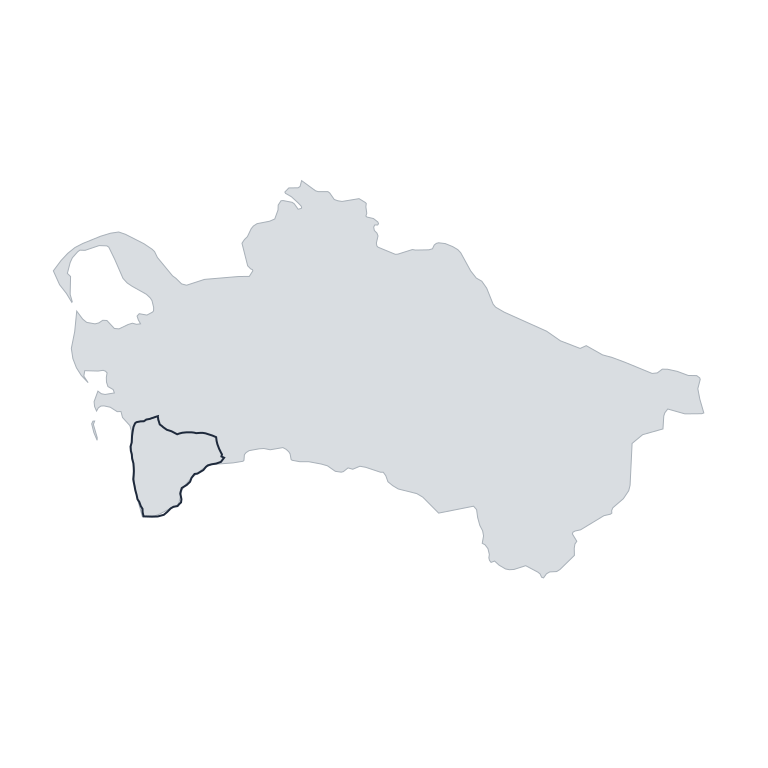 Etrek, Balkan, Turkmenistan (highlighted), rotated 353°
{"feature_id": "10190150B33098588070062", "entity_name": "Etrek", "entity_type": "district", "adm_level": 2, "iso_a3": "TKM", "parent_name": "Turkmenistan", "parent_adm1": "Balkan", "projection": "orthographic", "projection_center": [54.674, 38.185], "detail": "fine", "context": "in_parent", "style": "outline", "palette": "slate", "viewbox_px": 768, "rotation_deg": 353, "n_neighbors": 0, "source": "geoboundaries", "source_scale": "gbopen_adm2", "svg_char_len": 4978}
<svg xmlns="http://www.w3.org/2000/svg" viewBox="0 0 768 768"><g transform="rotate(353 384 384)"><path d="M218.6,258.3L252.9,259.6L263.4,260.8L267.6,255.7L267.4,254.5L265.7,253.5L263.1,250.1L260.2,227.0L263.1,223.6L266.4,221.1L271.1,213.7L273.6,211.3L277.5,209.4L290.3,208.5L295.7,206.9L300.0,198.4L300.8,193.5L304.1,189.6L306.1,189.6L315.0,192.5L316.9,194.2L320.1,200.1L323.4,199.6L323.8,198.6L323.4,197.2L320.7,193.6L315.0,186.9L309.5,182.8L309.0,181.4L313.4,177.8L322.6,178.8L324.8,177.7L327.0,172.1L339.6,183.9L342.0,185.0L351.7,186.2L353.4,187.8L357.1,194.8L360.5,196.5L364.6,197.7L381.8,197.0L387.4,201.4L388.4,202.6L387.6,206.0L387.7,212.5L386.5,215.1L387.4,216.2L393.7,218.5L397.6,222.4L398.1,224.2L397.1,225.4L394.2,225.0L392.9,227.0L393.1,230.4L395.4,233.4L396.1,236.3L393.6,243.2L393.7,246.0L394.8,247.5L411.1,256.7L413.6,256.8L428.6,254.0L431.5,254.9L444.9,256.3L448.6,255.7L450.8,252.2L453.1,250.8L455.4,250.5L461.9,252.1L468.9,256.0L473.6,259.6L476.1,263.0L483.8,282.3L488.5,290.1L493.6,293.9L497.6,301.4L502.0,318.0L504.1,321.3L512.0,327.3L551.8,351.4L564.3,362.6L583.0,372.6L589.4,370.6L604.4,381.7L613.7,385.5L625.8,391.8L651.4,406.2L656.6,406.3L662.0,403.2L667.2,403.9L676.6,407.2L687.0,412.6L695.4,413.8L698.1,416.4L698.4,418.0L694.9,426.9L695.6,437.5L697.9,451.7L695.7,452.2L679.0,450.3L662.6,443.4L659.3,446.7L657.8,449.8L655.4,462.6L634.6,465.8L623.0,473.2L615.9,514.5L613.9,519.7L607.6,527.0L596.1,534.7L594.5,537.4L594.4,539.9L592.9,540.8L586.2,541.5L561.3,552.7L555.7,553.2L553.5,554.1L552.7,555.8L556.2,563.6L554.0,566.1L552.8,570.2L552.1,577.3L536.0,589.6L532.5,591.2L525.6,590.7L522.1,592.2L518.7,595.9L516.9,595.0L515.8,591.6L513.8,589.5L502.5,581.6L490.4,583.9L485.8,583.6L482.1,582.4L476.1,577.8L472.2,573.2L468.5,574.1L467.2,571.9L466.9,569.3L467.8,566.0L467.1,560.0L464.6,555.8L462.1,554.1L464.3,546.9L464.0,541.7L461.9,536.1L460.7,528.0L460.6,520.0L458.0,516.2L422.5,518.8L408.7,501.0L403.2,496.8L385.3,489.9L380.2,485.9L376.0,481.5L374.6,475.2L372.5,471.5L369.7,471.1L355.6,464.4L350.0,462.7L342.6,464.8L338.1,462.9L333.0,466.0L330.8,466.3L325.0,464.7L317.9,458.3L312.0,455.8L299.7,451.9L291.1,450.9L283.5,448.5L282.6,447.6L282.3,441.9L281.2,439.6L278.9,436.9L275.9,434.8L263.0,435.4L257.0,433.4L252.3,433.1L242.0,433.7L238.7,435.3L236.8,437.2L235.7,442.7L234.6,443.5L224.6,443.9L203.3,442.9L194.5,445.7L180.7,454.3L172.8,461.5L170.5,464.6L165.8,477.3L163.8,479.1L161.0,480.5L158.3,480.8L145.6,485.7L140.6,486.9L128.0,486.2L125.2,467.5L124.2,452.7L125.8,432.3L125.2,419.1L127.5,399.2L126.7,394.3L120.4,385.4L119.6,379.3L115.8,378.9L109.5,373.7L103.4,371.6L100.3,371.4L97.5,372.9L95.4,375.8L94.0,371.1L94.1,366.2L99.2,356.2L102.2,359.2L105.9,360.4L115.3,360.0L114.5,356.5L109.7,352.9L108.8,348.3L109.2,343.6L110.5,339.2L109.1,337.3L106.9,336.2L101.8,336.3L88.6,334.3L87.0,339.6L90.5,346.6L84.6,338.6L80.7,330.4L78.3,320.9L78.0,310.6L83.4,294.3L87.9,274.2L92.8,282.8L96.4,286.6L104.5,289.1L108.4,288.6L112.6,286.5L116.7,287.2L123.1,296.0L127.7,297.0L137.2,293.8L141.7,293.0L145.6,294.6L149.7,294.6L148.0,290.5L147.2,286.5L149.6,284.4L157.1,286.7L163.1,284.4L164.2,283.3L164.7,279.9L163.9,273.0L162.5,270.1L159.1,266.0L145.9,256.3L141.4,252.4L137.8,247.3L131.9,227.4L127.5,214.6L125.7,213.1L118.1,211.9L103.6,214.9L98.5,214.1L96.1,215.4L90.1,220.7L87.3,225.2L83.2,235.6L86.0,239.1L83.4,256.8L84.6,264.3L84.1,264.9L79.8,255.4L74.1,245.9L69.6,231.4L78.4,222.2L86.0,215.8L93.9,210.9L102.2,207.8L120.7,202.8L131.0,201.0L139.2,200.8L145.6,203.9L162.8,215.5L170.3,222.0L172.4,224.6L174.5,230.8L187.3,250.9L190.3,253.7L195.3,260.0L200.1,261.9L218.6,258.3ZM92.8,402.2L92.4,404.9L90.1,396.8L89.0,387.9L90.6,385.4L92.3,385.5L90.6,388.7L92.8,402.2Z" fill="#d9dde1" stroke="#a8b0b8" stroke-width="1"/><path d="M130.1,396.1L128.6,401.0L127.6,404.8L126.5,411.2L124.8,415.2L124.6,419.5L125.1,423.2L124.9,427.4L125.6,432.2L125.4,436.5L125.1,440.1L124.4,443.9L123.5,447.9L123.6,450.3L124.0,455.5L124.2,459.1L124.9,463.7L125.3,468.4L126.7,471.1L127.7,475.5L129.1,478.5L128.8,481.7L129.2,486.1L137.6,487.4L143.3,487.9L149.5,487.0L153.2,484.6L157.1,481.5L160.1,480.2L164.2,480.0L166.3,478.1L168.1,476.8L168.9,473.7L168.7,470.7L168.4,468.1L168.8,466.7L170.6,462.6L176.0,460.1L179.6,457.4L181.6,453.6L185.0,450.2L187.9,450.2L194.2,447.4L197.2,444.5L199.2,443.3L202.9,442.7L207.8,442.5L212.4,441.5L212.7,441.4L215.2,438.8L216.3,437.7L213.8,436.1L214.6,434.1L213.9,432.4L212.9,429.5L212.5,428.4L211.3,423.5L210.9,420.1L210.9,416.3L207.8,414.5L207.7,414.4L200.8,411.2L198.1,410.4L195.5,410.1L191.6,409.9L189.5,409.1L187.0,408.5L182.3,407.9L177.8,407.8L174.8,408.2L172.6,408.7L167.3,405.0L164.5,403.7L162.9,403.0L159.6,400.0L158.6,398.8L156.5,396.8L155.8,392.8L155.6,392.1L155.6,390.4L155.5,388.7L155.6,388.4L154.9,388.5L152.3,389.0L150.7,389.4L149.3,389.6L147.4,390.1L145.7,390.2L143.7,390.3L142.5,391.0L141.1,391.7L138.8,391.5L138.2,391.4L135.2,391.6L133.8,391.7L133.2,392.0L132.4,392.4L131.8,393.2L130.1,396.1Z" fill="none" stroke="#1e293b" stroke-width="2"/></g></svg>